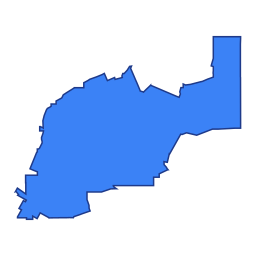 Nungarin, Western Australia, Australia (Mercator projection)
{"feature_id": "25037944B34284730981486", "entity_name": "Nungarin", "entity_type": "district", "adm_level": 2, "iso_a3": "AUS", "parent_name": "Australia", "parent_adm1": "Western Australia", "projection": "mercator", "projection_center": [118.178, -31.137], "detail": "fine", "context": "isolated", "style": "filled", "palette": "blue", "viewbox_px": 256, "rotation_deg": 0, "n_neighbors": 0, "source": "geoboundaries", "source_scale": "gbopen_adm2", "svg_char_len": 2732}
<svg xmlns="http://www.w3.org/2000/svg" viewBox="0 0 256 256"><path d="M49.1,217.9L53.6,217.8L56.7,217.8L57.7,217.8L60.4,217.7L62.5,217.7L66.6,217.7L69.5,217.6L73.4,217.7L73.9,216.6L75.5,216.1L80.2,214.5L81.7,213.9L86.9,212.1L90.1,211.0L89.1,208.3L89.0,205.3L87.0,199.6L87.0,192.0L90.6,192.0L96.0,192.0L101.5,192.0L110.7,188.9L116.2,188.7L116.4,188.7L114.2,187.2L113.9,186.9L113.6,186.5L113.4,186.1L113.3,185.6L113.6,185.6L118.0,185.6L128.8,185.6L130.9,185.6L133.0,185.6L140.5,185.6L149.6,185.6L153.6,185.6L153.6,177.2L159.2,177.2L159.2,173.8L167.9,169.7L168.0,169.7L166.8,168.2L166.5,167.4L164.1,164.7L164.0,161.6L165.6,162.0L167.2,162.3L167.3,162.3L169.3,153.8L169.6,154.0L173.7,146.7L177.9,139.2L180.7,134.2L182.0,134.5L186.5,132.8L187.4,133.0L194.6,134.7L196.7,135.2L207.6,131.0L207.8,130.9L212.5,129.1L218.3,129.1L220.1,129.0L222.0,128.9L227.5,128.6L234.8,128.2L235.3,128.2L238.7,128.2L240.6,128.2L240.6,122.8L240.5,77.4L240.4,77.0L240.4,76.2L240.4,56.5L240.4,51.4L240.4,45.8L240.4,44.1L240.6,38.4L240.6,36.7L213.3,36.7L213.3,58.4L211.4,65.0L211.2,65.9L213.2,66.5L213.3,66.8L213.3,71.0L213.2,71.7L213.1,73.3L213.2,73.5L213.3,73.9L213.3,74.1L213.3,77.1L211.4,77.8L207.7,79.1L205.6,80.0L204.0,80.7L202.4,81.4L200.5,81.8L190.4,84.4L185.5,85.0L183.2,84.0L183.2,87.6L180.9,87.6L179.8,91.9L180.4,94.0L179.5,96.2L179.1,97.3L176.0,96.1L168.7,93.0L165.4,91.6L159.1,88.9L152.3,86.0L150.6,85.3L150.6,85.2L149.3,86.5L145.7,89.9L143.5,92.1L143.2,91.9L141.2,91.3L140.9,91.2L140.3,91.1L140.1,90.5L136.7,82.4L135.7,80.2L134.0,76.2L130.6,68.3L131.5,66.1L129.6,66.4L127.2,70.2L124.2,73.5L122.8,73.5L121.9,76.0L122.3,77.5L115.1,79.4L114.6,77.5L107.4,80.6L106.1,77.6L104.3,73.4L102.1,74.6L99.4,75.7L96.7,76.8L89.7,79.3L88.3,80.3L85.2,82.0L83.8,82.7L83.8,87.7L74.4,87.7L74.4,87.8L69.6,90.8L66.4,92.8L64.9,93.8L63.3,94.8L61.8,97.9L56.1,101.0L56.1,104.0L51.3,104.0L51.1,104.0L51.1,106.3L50.1,107.0L47.4,108.4L46.4,109.9L44.2,115.5L42.9,120.7L43.2,128.0L42.9,127.8L42.6,127.5L42.1,127.4L41.7,127.2L40.5,126.8L40.2,126.6L39.8,126.2L39.7,126.0L39.7,125.9L39.7,126.7L39.7,130.9L43.5,130.9L43.3,132.0L43.0,133.3L42.1,135.9L41.6,137.2L41.5,137.7L41.6,139.8L41.7,140.1L41.9,140.5L42.0,140.7L42.0,140.8L42.0,141.0L42.1,141.3L42.1,143.0L39.5,148.2L38.5,149.0L37.3,149.0L37.3,151.9L36.7,152.3L34.3,158.2L30.5,167.5L30.0,168.8L33.5,170.3L37.1,171.7L37.4,171.8L37.4,175.2L32.9,175.2L25.6,175.2L25.6,182.7L25.6,182.8L25.8,182.8L25.8,194.0L22.4,191.6L17.4,188.1L15.4,191.7L16.1,191.5L18.5,194.6L17.7,195.3L26.3,200.1L25.4,201.7L23.4,200.6L19.6,207.4L19.0,208.5L21.5,209.8L19.5,213.4L17.5,216.9L17.5,217.8L26.5,217.8L26.5,219.3L32.7,219.3L32.7,216.1L37.1,218.6L40.2,212.9L47.3,216.8L49.1,217.8L49.1,217.9Z" fill="#3b82f6" stroke="#1e3a8a" stroke-width="1.5"/></svg>